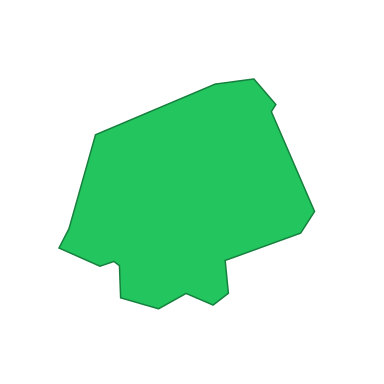 outline of Cueibet, Lakes, South Sudan, rotated 37°
{"feature_id": "79223893B36009183812967", "entity_name": "Cueibet", "entity_type": "district", "adm_level": 2, "iso_a3": "SSD", "parent_name": "South Sudan", "parent_adm1": "Lakes", "projection": "albers", "projection_center": [29.25, 7.096], "detail": "fine", "context": "isolated", "style": "filled", "palette": "green", "viewbox_px": 384, "rotation_deg": 37, "n_neighbors": 0, "source": "geoboundaries", "source_scale": "gbopen_adm2", "svg_char_len": 404}
<svg xmlns="http://www.w3.org/2000/svg" viewBox="0 0 384 384"><g transform="rotate(37 192 192)"><path d="M235.6,305.4L248.3,276.6L276.9,269.6L282.0,251.0L259.7,226.7L303.5,159.4L301.6,133.8L207.0,80.1L206.3,71.7L173.4,64.5L168.4,69.4L145.6,91.8L80.5,204.3L115.8,295.2L119.5,316.8L163.1,306.7L171.4,294.5L178.4,294.5L198.7,319.5L235.6,305.4Z" fill="#22c55e" stroke="#15803d" stroke-width="1.5"/></g></svg>